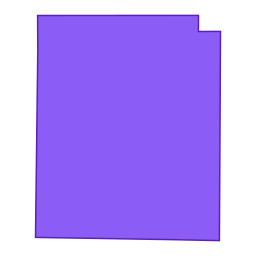 outline of Jack, Texas, United States of America
{"feature_id": "52423323B71935080527637", "entity_name": "Jack", "entity_type": "district", "adm_level": 2, "iso_a3": "USA", "parent_name": "United States of America", "parent_adm1": "Texas", "projection": "equal_earth", "projection_center": [-98.116, 33.234], "detail": "fine", "context": "isolated", "style": "filled", "palette": "violet", "viewbox_px": 256, "rotation_deg": 0, "n_neighbors": 0, "source": "geoboundaries", "source_scale": "gbopen_adm2", "svg_char_len": 231}
<svg xmlns="http://www.w3.org/2000/svg" viewBox="0 0 256 256"><path d="M220.5,31.4L198.4,31.5L198.5,15.4L37.6,15.5L37.8,49.6L35.5,237.4L170.4,239.6L219.4,240.6L220.5,31.4Z" fill="#8b5cf6" stroke="#5b21b6" stroke-width="1.5"/></svg>